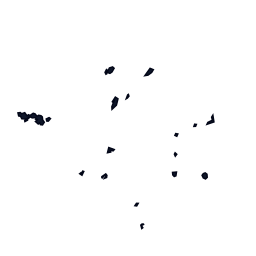 map outline of Eastern (Equal Earth projection), rotated 42°
{"feature_id": "FJI-2618", "entity_name": "Eastern", "entity_type": "Division", "adm_level": 1, "iso_a3": "FJI", "parent_name": "Fiji", "parent_adm1": "", "projection": "equal_earth", "projection_center": [179.768, -18.91], "detail": "medium", "context": "isolated", "style": "filled", "palette": "ink", "viewbox_px": 256, "rotation_deg": 42, "n_neighbors": 0, "source": "natural_earth", "source_scale": "10m", "svg_char_len": 1902}
<svg xmlns="http://www.w3.org/2000/svg" viewBox="0 0 256 256"><g transform="rotate(42 128 128)"><path d="M59.2,179.1L61.9,179.7L62.4,182.9L60.7,184.1L58.9,183.3L58.6,185.1L54.9,185.1L55.3,183.3L53.9,183.3L54.6,182.4L52.0,182.5L50.0,184.6L47.9,185.1L47.6,187.4L46.9,186.9L46.8,188.3L48.1,189.4L47.1,192.2L46.3,191.7L46.3,189.5L42.9,192.2L40.3,191.2L38.7,192.2L36.1,190.4L37.6,188.6L39.4,188.6L41.0,185.7L44.7,186.5L45.2,184.7L46.8,184.3L47.7,180.5L49.4,179.7L52.6,180.2L53.0,178.4L55.1,177.1L56.9,177.1L59.2,179.1ZM101.0,113.0L104.1,118.8L103.6,124.8L101.7,122.9L99.5,117.0L98.9,119.6L97.9,113.5L101.0,113.0ZM108.4,70.9L107.5,75.3L105.5,77.8L104.5,68.9L107.8,67.7L108.4,70.9ZM75.7,92.9L77.7,92.9L78.6,97.1L78.0,99.5L75.4,100.6L74.0,95.8L75.7,92.9ZM217.6,109.5L219.9,111.7L219.7,114.0L217.3,114.7L214.7,113.6L214.5,111.5L215.4,109.7L217.6,109.5ZM182.5,61.7L187.8,66.0L184.2,72.4L183.6,70.4L185.5,65.7L182.9,64.0L182.5,61.7ZM132.2,153.2L132.3,154.8L129.8,156.7L131.2,157.5L129.3,160.1L126.8,155.4L132.2,153.2ZM193.5,128.3L195.6,131.5L194.8,133.1L192.7,132.9L190.8,131.2L193.5,128.3ZM64.1,172.9L64.2,176.2L63.0,177.2L61.2,176.0L62.4,173.1L64.1,172.9ZM141.1,181.6L142.2,177.0L144.0,177.3L145.2,179.1L144.2,181.1L143.8,178.9L142.8,178.7L142.0,179.6L142.5,182.1L141.8,182.4L141.1,181.6ZM124.2,189.9L125.4,193.9L122.7,194.3L123.0,192.6L124.1,193.0L123.2,190.3L124.2,189.9ZM167.8,102.1L167.2,100.2L169.0,99.1L169.8,101.5L167.8,102.1ZM185.1,181.1L184.7,178.3L186.0,177.2L186.6,180.1L185.1,181.1ZM179.6,114.9L181.8,114.9L182.0,117.3L180.0,116.4L179.6,114.9ZM203.0,189.9L204.1,191.8L205.7,192.2L205.5,193.5L202.5,191.6L202.6,190.3L203.4,189.2L204.7,189.1L203.0,189.9ZM175.9,82.7L175.0,80.6L176.4,79.6L177.1,81.5L175.9,82.7ZM107.4,103.7L107.5,106.2L107.1,107.4L105.6,103.6L105.8,102.8L107.4,103.7ZM72.7,98.3L75.9,101.9L75.6,102.8L73.7,102.0L72.7,98.3Z" fill="#0f172a" stroke="#020617" stroke-width="1.5"/></g></svg>